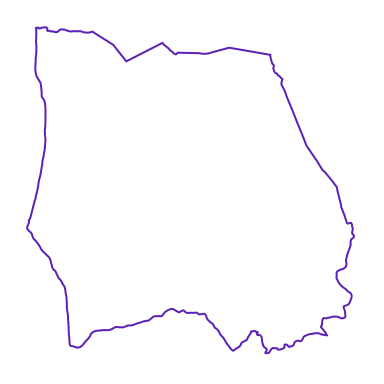 the district of La Ceiba, Atlántida, Honduras, rotated 272°
{"feature_id": "27666195B56820248384798", "entity_name": "La Ceiba", "entity_type": "district", "adm_level": 2, "iso_a3": "HND", "parent_name": "Honduras", "parent_adm1": "Atlántida", "projection": "robinson", "projection_center": [-86.825, 15.67], "detail": "fine", "context": "isolated", "style": "outline", "palette": "violet", "viewbox_px": 384, "rotation_deg": 272, "n_neighbors": 0, "source": "geoboundaries", "source_scale": "gbopen_adm2", "svg_char_len": 5729}
<svg xmlns="http://www.w3.org/2000/svg" viewBox="0 0 384 384"><g transform="rotate(272 192 192)"><path d="M350.5,30.4L349.7,30.6L348.2,30.7L342.3,30.9L337.0,30.9L335.3,31.0L332.5,31.4L327.1,31.5L325.5,31.5L319.4,31.1L316.9,31.2L310.9,31.0L308.2,31.2L304.4,31.9L301.7,32.9L295.8,36.8L293.0,37.4L288.0,38.1L282.3,38.5L281.3,38.9L279.8,40.2L278.7,40.9L276.6,41.7L275.0,42.1L269.4,42.7L257.1,43.1L250.8,43.0L248.3,42.7L245.9,43.0L243.9,43.0L240.8,43.6L236.9,43.7L228.9,43.3L225.6,42.7L221.8,42.3L218.1,41.5L213.8,41.3L212.5,41.0L210.4,40.8L206.9,40.3L204.6,40.1L199.0,38.8L195.5,38.3L191.3,37.9L184.6,36.7L182.1,35.9L181.4,36.1L180.4,35.9L177.6,35.1L174.7,34.5L173.0,34.0L171.3,33.7L161.3,31.5L159.1,30.7L158.0,29.9L157.4,30.0L156.5,30.2L156.0,30.2L154.8,29.8L151.8,28.7L150.8,28.5L150.1,28.5L149.1,28.9L148.4,29.7L147.3,30.5L145.7,32.6L144.1,33.5L140.9,34.6L140.3,35.0L139.1,36.0L138.1,37.3L137.4,37.7L135.1,39.8L131.9,42.0L129.8,43.1L127.4,45.1L126.4,46.4L124.1,48.7L122.0,51.2L121.1,51.9L119.3,52.8L115.7,53.8L114.5,54.3L111.9,55.0L110.7,55.5L109.8,56.2L109.2,56.8L108.8,57.6L107.4,58.7L105.5,59.5L104.4,60.2L102.2,61.2L100.4,62.5L99.7,63.5L97.7,64.9L95.2,66.2L93.1,67.8L90.3,68.7L87.1,69.2L83.4,70.1L80.8,70.3L78.6,70.7L75.2,70.8L71.1,71.1L64.0,72.4L60.4,72.6L56.2,73.1L54.0,73.1L52.9,73.5L49.3,73.6L44.9,74.0L43.8,74.2L39.6,74.7L35.7,75.1L35.0,75.3L33.9,76.0L33.6,78.7L32.5,82.3L32.7,84.5L33.0,85.5L35.0,88.0L36.1,88.8L38.4,90.3L39.2,91.1L42.3,93.7L44.5,95.2L46.1,95.8L47.2,96.4L48.7,98.2L49.4,99.5L50.0,101.7L50.3,103.9L50.4,105.5L51.0,108.6L50.9,111.3L51.2,114.0L52.0,116.4L53.7,119.0L54.4,120.8L54.5,122.0L54.3,123.7L54.3,127.7L54.6,128.8L55.8,131.1L56.4,132.8L56.5,135.3L56.9,137.7L58.9,141.9L59.1,142.9L59.9,145.5L60.6,146.9L61.3,149.2L61.8,152.1L62.2,153.3L62.8,154.1L66.0,157.6L66.3,158.1L66.8,161.0L66.7,164.5L66.9,165.9L67.1,166.2L69.6,168.2L70.7,168.9L71.3,169.5L72.8,171.7L73.3,172.7L74.2,174.6L74.5,175.9L74.5,176.6L74.3,177.3L73.5,178.5L73.2,179.4L71.8,181.9L71.3,183.0L71.4,183.6L73.2,186.5L73.4,187.2L73.1,188.1L71.4,190.2L71.0,191.5L71.1,193.6L71.4,195.6L71.2,196.4L71.5,199.7L71.6,200.7L71.5,201.1L70.4,202.5L70.0,203.3L70.1,205.3L70.7,207.6L70.7,208.6L70.5,209.2L69.7,209.9L66.0,211.5L64.7,212.4L62.4,215.1L61.9,215.9L60.7,217.5L59.1,218.5L57.3,219.4L55.8,221.7L54.7,223.0L53.4,223.8L50.1,225.5L48.5,227.4L47.1,228.6L41.6,232.2L39.8,233.8L36.9,235.9L35.4,237.6L34.9,238.5L34.9,238.9L35.1,239.4L37.3,241.8L37.7,242.8L39.1,244.8L40.3,245.7L42.7,246.7L43.4,247.2L45.5,251.0L46.1,251.9L49.0,253.1L53.0,255.6L53.6,255.8L54.2,255.7L54.6,255.9L54.8,256.3L54.9,257.5L55.3,258.8L55.3,259.2L54.7,260.6L54.5,261.9L54.3,262.4L53.9,262.6L53.5,262.6L53.0,261.9L52.6,261.7L52.3,261.7L51.8,262.0L51.4,262.7L51.4,264.2L51.2,265.0L50.5,265.9L49.6,266.6L48.9,266.8L44.6,267.4L40.7,268.6L39.5,269.7L38.1,271.6L37.2,272.3L36.8,272.3L35.8,271.9L34.1,270.9L33.7,271.0L33.6,271.5L33.6,273.3L33.8,274.1L34.0,274.5L35.9,275.7L37.2,276.4L38.5,277.5L38.8,278.0L38.9,278.8L38.6,280.9L39.0,282.1L38.7,282.5L37.7,283.3L37.4,283.7L37.3,284.1L37.6,285.3L38.6,288.2L39.2,289.2L39.7,289.6L40.3,289.8L42.4,289.8L42.7,290.0L42.8,290.3L42.9,291.2L42.7,292.1L42.2,292.8L40.8,293.9L40.6,294.3L40.7,295.0L41.3,296.0L41.3,297.0L41.5,297.6L42.0,298.2L42.7,298.9L43.4,299.2L45.4,299.8L46.2,300.6L46.8,301.5L47.1,302.6L47.0,303.4L46.6,305.1L46.7,305.7L46.9,306.2L47.4,306.9L48.0,307.3L50.7,308.4L51.8,309.4L52.6,310.9L54.2,314.8L54.3,315.4L54.3,316.9L55.1,319.3L55.2,323.4L55.0,324.3L54.1,326.4L54.0,328.1L53.4,331.3L53.5,331.8L55.7,330.6L56.9,329.7L59.6,327.4L61.4,325.6L62.0,325.7L63.9,326.5L67.5,326.7L69.2,327.0L70.0,327.4L70.4,327.8L70.6,328.6L70.4,330.5L71.1,332.6L71.4,334.4L72.2,336.7L72.5,338.7L72.4,342.1L72.1,343.0L71.1,344.9L71.0,345.7L71.0,346.7L71.2,347.6L71.6,348.6L72.1,349.3L72.3,349.5L73.1,349.6L77.2,349.2L78.6,348.9L81.9,347.6L82.8,347.6L83.1,347.8L83.4,348.4L84.6,351.4L85.7,352.7L87.6,353.7L91.9,355.1L93.1,355.2L94.4,355.1L95.2,354.8L96.1,354.3L96.6,353.8L98.6,350.6L100.0,349.4L101.9,346.6L103.2,344.9L104.6,343.4L106.6,341.8L110.2,339.8L111.4,339.3L114.0,339.5L116.3,339.3L116.8,339.4L117.3,339.7L118.3,340.7L119.8,343.5L120.0,344.2L120.1,345.2L120.3,345.6L122.3,348.1L124.0,348.8L125.6,348.9L129.0,348.2L135.4,349.5L141.3,351.5L144.2,352.3L145.1,352.4L147.3,352.2L149.3,352.4L149.9,352.7L150.8,353.4L152.0,354.9L153.5,355.5L154.6,354.9L156.4,353.4L158.7,353.6L160.3,354.0L160.8,354.0L162.6,353.4L165.2,352.9L166.5,352.3L166.7,351.9L166.6,351.1L165.9,349.0L166.0,348.4L166.3,348.0L174.7,344.9L182.2,341.6L184.1,341.5L196.5,337.8L202.0,336.5L209.1,330.7L216.5,324.2L218.5,321.6L227.1,316.0L242.4,304.7L250.1,301.5L267.2,293.8L276.3,289.9L287.3,284.8L291.2,283.1L296.3,281.2L301.5,278.2L302.6,277.7L304.6,277.6L308.1,278.4L309.0,277.1L310.9,275.3L311.8,273.7L313.2,272.9L313.4,272.3L313.5,271.7L313.8,271.2L314.7,270.5L316.0,269.7L318.5,268.9L320.5,269.4L321.6,269.3L322.0,269.1L322.8,268.0L323.6,267.5L329.5,265.7L331.2,265.5L331.8,265.5L337.5,224.1L332.1,206.6L331.0,203.5L330.5,199.5L330.5,197.8L331.0,194.3L330.7,172.7L329.3,171.6L329.1,171.2L329.0,170.7L329.4,169.6L331.6,167.1L332.7,165.5L334.9,163.3L336.2,161.4L338.6,158.4L340.0,157.3L320.3,121.8L336.3,108.2L348.8,86.8L348.6,86.4L348.0,84.4L347.7,82.9L347.6,81.8L347.7,79.2L348.0,77.8L348.8,74.9L348.8,74.1L348.5,71.1L348.6,70.0L348.6,67.8L348.2,65.3L348.2,64.3L348.9,61.7L349.9,58.8L350.0,56.2L349.8,55.0L349.1,53.9L347.2,51.8L347.1,51.2L347.1,49.3L347.3,48.5L347.8,47.3L347.8,46.9L347.4,45.5L347.5,45.1L348.1,44.3L348.0,42.0L348.4,41.7L348.9,41.6L350.6,41.7L351.1,41.3L351.4,40.6L351.5,38.8L351.4,38.4L350.8,35.6L350.5,35.0L350.2,34.8L350.1,34.4L350.1,33.7L350.2,33.4L350.8,33.0L351.0,32.7L350.6,31.5L350.5,30.4Z" fill="none" stroke="#5b21b6" stroke-width="2"/></g></svg>